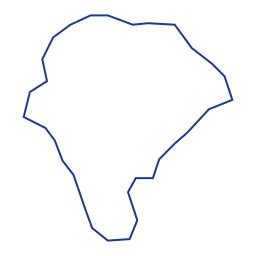 the district of Panagra, Cyprus
{"feature_id": "46923920B46239783627479", "entity_name": "Panagra", "entity_type": "district", "adm_level": 2, "iso_a3": "CYP", "parent_name": "Cyprus", "parent_adm1": "", "projection": "albers", "projection_center": [33.067, 35.342], "detail": "fine", "context": "isolated", "style": "outline", "palette": "blue", "viewbox_px": 256, "rotation_deg": 0, "n_neighbors": 0, "source": "geoboundaries", "source_scale": "gbopen_adm2", "svg_char_len": 484}
<svg xmlns="http://www.w3.org/2000/svg" viewBox="0 0 256 256"><path d="M152.9,178.1L159.2,159.3L174.7,143.6L187.2,132.7L209.0,109.2L232.3,99.8L224.6,76.4L212.1,63.8L191.9,48.2L174.7,24.7L148.2,23.2L132.7,24.7L107.8,15.4L90.6,15.4L70.4,24.7L53.2,37.3L42.3,59.2L47.0,81.1L29.9,92.0L23.7,117.0L45.5,128.0L54.8,140.5L62.6,160.8L73.5,174.9L85.9,210.9L92.2,228.1L107.8,240.6L129.6,239.1L137.3,220.3L128.0,192.1L135.8,178.1L152.9,178.1Z" fill="none" stroke="#1e3a8a" stroke-width="2"/></svg>